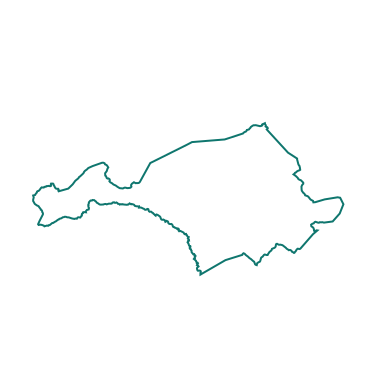 Morro do Chapéu, Bahia, Brazil (Natural Earth projection), rotated 294°
{"feature_id": "56859067B34698024816955", "entity_name": "Morro do Chapéu", "entity_type": "district", "adm_level": 2, "iso_a3": "BRA", "parent_name": "Brazil", "parent_adm1": "Bahia", "projection": "natural_earth1", "projection_center": [-41.297, -11.376], "detail": "fine", "context": "isolated", "style": "outline", "palette": "teal", "viewbox_px": 384, "rotation_deg": 294, "n_neighbors": 0, "source": "geoboundaries", "source_scale": "gbopen_adm2", "svg_char_len": 6063}
<svg xmlns="http://www.w3.org/2000/svg" viewBox="0 0 384 384"><g transform="rotate(294 192 192)"><path d="M120.0,233.3L143.4,250.3L155.0,263.5L156.2,263.5L157.0,264.0L157.0,265.2L156.3,266.8L155.7,269.5L155.0,271.3L154.7,273.2L153.8,275.9L153.6,277.1L151.6,279.1L151.4,280.0L151.5,280.9L153.4,280.5L154.8,281.3L155.9,282.3L156.7,282.4L159.9,281.9L160.6,282.1L161.8,282.9L162.6,283.0L163.9,283.4L164.5,283.9L164.8,285.9L165.2,286.7L166.0,286.7L168.9,287.2L169.5,287.6L171.0,288.3L172.6,288.2L174.6,290.1L175.5,290.5L176.2,290.6L178.0,290.1L178.9,290.2L179.3,290.9L179.1,292.5L179.3,293.2L179.8,294.0L180.2,296.0L180.1,296.9L179.2,300.5L178.7,301.5L178.5,303.1L178.2,304.1L178.9,305.0L179.0,305.7L178.6,307.1L178.1,307.6L178.1,308.8L177.8,309.8L178.1,310.3L179.0,310.4L179.9,310.8L181.8,311.0L183.1,311.5L183.4,312.3L183.5,313.2L184.2,314.0L202.7,319.7L207.9,322.2L207.7,321.4L207.2,321.0L206.1,320.4L206.1,319.7L206.3,319.2L207.2,318.8L208.5,317.6L208.9,316.8L209.2,315.0L210.6,314.1L212.0,314.9L212.8,315.9L214.4,316.3L215.0,316.9L215.3,319.8L215.6,320.5L216.3,320.9L216.9,322.5L217.4,323.2L217.7,325.0L222.3,332.5L232.4,335.7L242.4,335.3L247.0,329.7L246.4,327.2L239.2,316.2L232.8,308.7L231.9,307.1L233.1,306.2L233.3,303.6L233.7,302.6L235.0,300.2L235.2,299.3L235.0,296.7L235.6,296.2L236.2,295.2L236.7,293.5L237.2,292.9L237.8,291.8L238.7,291.2L241.5,289.8L243.2,289.8L244.8,290.3L245.8,289.8L247.0,286.8L246.9,284.9L247.3,283.5L247.9,282.9L248.8,280.4L249.4,277.6L250.5,278.2L251.4,278.3L252.2,279.0L253.5,279.5L254.8,280.5L255.7,281.5L256.3,281.8L258.2,280.6L259.6,279.5L260.0,278.6L260.6,277.9L264.6,274.7L265.3,274.4L267.0,263.7L279.2,235.6L279.6,234.8L281.0,235.3L281.5,234.9L281.8,234.3L281.6,233.5L281.8,232.6L282.4,232.6L283.1,232.2L283.5,231.3L284.5,230.6L283.3,229.6L282.7,228.9L282.1,228.6L281.5,229.1L280.8,228.7L279.8,227.4L279.0,223.2L278.0,221.1L277.2,220.4L275.3,219.3L274.2,219.2L273.5,218.8L272.5,218.7L271.7,217.9L271.0,216.9L269.9,216.9L268.9,216.5L268.5,215.9L267.1,215.0L266.2,214.8L253.3,200.5L237.6,171.7L233.4,168.4L201.5,142.1L180.1,140.3L179.1,140.0L178.5,139.5L177.7,138.1L177.5,137.4L177.1,136.8L177.3,135.0L175.2,133.8L173.9,133.5L173.2,133.7L172.2,134.5L171.0,134.1L170.2,133.1L169.4,131.7L169.1,130.8L169.0,129.8L168.7,128.9L168.3,128.4L167.1,127.4L166.1,124.3L166.4,121.8L166.9,119.7L166.9,117.2L167.5,115.2L167.6,113.5L168.2,112.2L169.5,112.1L170.2,111.3L170.4,110.1L169.9,109.3L170.1,108.4L171.5,107.0L171.7,106.1L173.8,105.0L176.4,105.6L178.9,105.3L180.4,105.5L181.7,103.5L181.9,102.8L181.9,101.3L182.7,100.4L182.7,99.2L182.2,98.0L175.3,90.7L171.7,87.5L169.8,86.8L167.8,85.6L166.4,85.2L165.6,85.3L164.2,84.9L160.5,83.3L159.8,82.8L158.3,82.6L154.7,80.8L150.5,79.9L144.8,77.6L138.4,69.9L138.9,69.3L139.5,69.1L140.1,69.1L140.5,68.4L140.0,67.4L139.8,66.4L140.1,65.5L140.7,64.6L141.3,64.1L141.9,62.9L142.7,62.5L143.1,61.6L142.3,59.8L141.7,59.8L141.1,60.4L140.0,60.6L139.6,60.0L139.2,58.4L138.7,57.8L138.4,57.0L138.0,56.5L137.4,56.4L136.6,55.0L135.8,54.8L135.4,53.9L135.1,52.8L134.2,52.4L132.2,52.0L131.2,51.7L130.5,51.3L129.9,50.5L129.1,50.3L128.4,50.5L126.9,50.0L125.5,49.9L124.2,48.3L122.7,49.6L120.4,50.0L119.1,50.6L118.0,52.2L117.5,52.7L117.1,53.5L116.6,56.2L116.7,56.9L116.5,57.9L116.0,58.5L114.8,60.8L114.3,61.1L114.3,61.8L113.9,62.5L113.4,63.0L112.7,63.4L112.3,64.1L111.7,64.6L110.9,64.9L103.5,64.5L100.0,64.5L99.5,65.3L100.4,66.6L100.8,67.9L101.0,70.3L100.6,71.1L102.4,73.2L102.6,74.3L103.4,74.6L103.8,75.4L106.9,77.0L107.3,77.8L108.8,78.7L110.0,79.7L112.0,80.7L112.7,81.5L113.5,81.7L114.9,83.4L116.3,84.2L117.0,85.3L117.7,85.9L118.1,87.2L118.1,88.2L118.7,89.8L119.0,93.1L119.6,95.6L120.2,96.1L120.8,97.7L121.9,97.8L122.6,98.3L123.3,100.4L124.6,100.5L125.2,100.9L126.0,100.9L126.8,100.4L127.4,100.4L128.3,101.0L129.0,100.7L129.6,101.3L130.3,103.3L130.8,102.8L132.9,103.3L134.0,104.7L135.5,104.4L135.9,103.8L137.2,102.8L137.8,102.9L138.3,102.4L139.6,102.4L140.6,102.0L142.6,102.6L143.1,103.0L143.4,104.0L144.2,104.3L144.8,106.1L144.5,106.8L144.2,108.3L143.5,109.3L143.5,110.3L143.1,112.2L143.1,113.1L144.1,115.3L144.6,116.2L145.2,116.7L146.0,118.1L146.0,119.1L147.4,120.6L148.7,123.3L150.1,123.8L150.4,124.5L150.9,124.9L150.7,125.7L151.1,126.7L151.7,127.2L151.6,128.3L151.1,129.1L151.4,130.1L151.1,131.2L151.8,131.7L152.1,132.4L152.1,133.1L152.7,133.6L152.8,134.7L153.9,137.9L154.5,138.4L154.7,139.0L156.2,139.6L156.0,141.4L156.5,141.7L156.8,143.8L156.7,144.5L156.1,145.3L156.2,146.4L156.5,147.5L156.9,148.4L156.8,149.1L157.3,149.5L156.8,149.9L156.2,150.0L157.0,151.5L157.1,152.3L157.0,153.9L157.1,154.9L156.7,156.0L156.9,156.9L157.4,157.5L158.3,158.0L158.6,158.7L158.4,159.3L157.8,159.5L156.9,160.5L156.7,161.4L157.4,162.5L157.2,163.5L156.9,164.1L156.9,165.1L156.4,165.8L156.3,166.6L155.8,167.5L155.6,168.4L156.4,168.3L157.0,168.7L157.1,169.8L157.0,170.6L156.6,172.5L156.2,173.3L154.9,174.5L154.4,175.4L154.7,176.5L155.2,177.1L155.1,178.1L154.7,179.0L153.9,179.8L154.4,180.2L155.2,180.1L155.3,180.7L155.3,181.8L154.9,182.4L154.2,182.8L153.7,183.6L153.7,184.6L153.9,185.3L154.4,186.1L154.2,187.1L153.6,187.9L152.8,188.5L152.4,189.3L152.7,190.1L152.4,190.7L152.6,191.5L152.2,193.6L152.8,193.5L153.0,194.4L152.6,195.2L151.8,195.3L151.2,195.6L150.9,196.2L151.7,197.2L151.6,199.9L151.5,200.9L150.8,201.7L150.5,202.4L151.0,203.0L151.3,203.6L150.3,204.5L150.4,205.1L149.8,205.6L149.4,206.3L149.5,207.3L148.7,207.4L147.9,207.1L147.5,207.7L147.3,208.5L146.8,208.8L146.8,208.2L146.2,208.5L145.6,208.3L145.0,208.7L144.3,208.4L143.3,209.9L142.2,210.8L141.6,211.7L141.9,212.4L141.3,212.9L139.9,212.6L139.2,213.4L139.2,214.4L138.6,214.7L138.2,215.5L137.0,216.0L136.4,216.9L136.1,217.8L135.7,218.3L136.1,219.1L135.5,219.3L135.6,220.3L135.1,221.2L134.6,221.3L134.1,220.8L132.7,221.6L132.2,221.0L131.6,220.9L131.1,222.8L130.7,223.7L130.0,224.2L129.7,225.0L129.7,225.7L128.8,225.6L128.8,226.5L127.2,226.3L127.1,227.6L126.6,228.3L125.3,227.6L124.7,227.5L124.0,227.7L123.0,228.5L122.5,229.2L122.7,229.9L123.1,230.4L123.3,231.0L123.4,231.8L122.9,232.4L122.3,232.6L121.6,232.6L120.0,233.3Z" fill="none" stroke="#0f766e" stroke-width="2"/></g></svg>